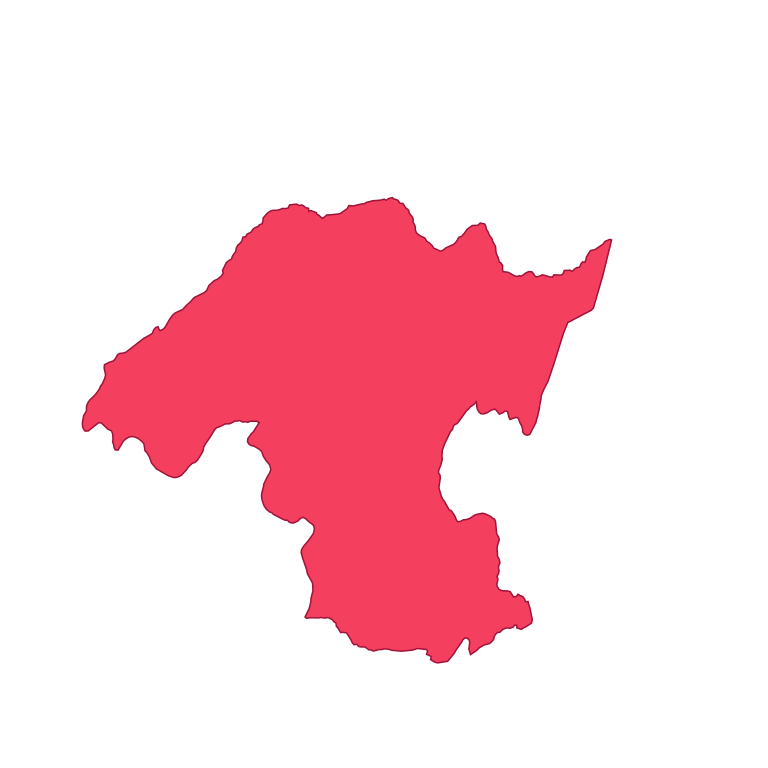 Sirisia, Western, Kenya, rotated 211°
{"feature_id": "3690345B98600192059761", "entity_name": "Sirisia", "entity_type": "district", "adm_level": 2, "iso_a3": "KEN", "parent_name": "Kenya", "parent_adm1": "Western", "projection": "equal_earth", "projection_center": [34.469, 0.737], "detail": "fine", "context": "isolated", "style": "filled", "palette": "rose", "viewbox_px": 768, "rotation_deg": 211, "n_neighbors": 0, "source": "geoboundaries", "source_scale": "gbopen_adm2", "svg_char_len": 6159}
<svg xmlns="http://www.w3.org/2000/svg" viewBox="0 0 768 768"><g transform="rotate(211 384 384)"><path d="M460.7,548.5L463.4,547.2L466.6,548.6L469.0,548.3L470.9,547.6L472.8,548.1L475.3,545.7L476.9,542.6L479.1,542.5L481.5,539.9L488.3,535.1L490.3,532.8L492.5,530.8L493.7,528.4L495.9,526.8L502.0,520.9L506.0,518.9L505.9,515.2L509.6,507.1L517.6,501.0L520.1,499.5L521.1,496.2L522.3,494.1L526.8,495.2L528.7,494.9L530.2,496.0L535.7,495.1L537.5,493.5L539.2,495.8L541.8,494.8L544.5,495.3L547.0,495.0L548.7,493.2L551.4,493.3L557.2,488.9L556.8,485.5L559.0,483.5L561.5,482.2L563.2,479.8L565.2,477.8L568.5,475.8L570.6,473.5L572.0,470.3L573.1,464.2L571.7,461.3L571.0,458.6L572.8,456.3L573.2,453.9L574.9,451.9L576.0,449.4L576.3,445.4L578.5,442.1L578.5,438.8L580.6,437.3L579.6,433.9L579.8,430.8L580.8,428.0L580.7,424.5L579.3,421.1L579.7,418.1L579.8,415.5L579.1,412.7L580.8,409.5L581.7,406.7L580.9,398.1L578.9,396.3L579.1,392.5L580.8,388.0L582.8,385.1L584.8,378.4L584.2,372.6L585.3,369.5L591.3,360.3L592.3,354.6L593.8,350.0L595.0,344.1L599.5,337.6L600.7,334.0L601.1,329.2L600.9,319.6L601.8,316.7L603.4,314.5L605.5,315.3L607.2,316.7L608.7,315.0L609.3,311.7L608.7,308.3L609.9,305.4L613.3,299.8L621.7,278.1L623.6,276.1L626.3,274.1L627.5,271.9L627.3,267.1L628.0,264.2L630.5,261.4L633.6,256.6L632.1,253.5L627.3,248.4L626.2,244.6L625.6,239.0L625.9,236.5L625.5,233.5L625.6,229.4L626.2,225.2L627.9,218.9L628.2,216.0L627.7,212.0L625.2,207.6L625.2,202.2L622.7,195.7L620.5,192.3L618.6,190.8L616.0,189.7L613.3,191.4L608.7,203.8L606.2,205.0L597.2,203.0L593.9,203.6L591.3,201.9L588.1,197.5L586.6,194.3L584.8,193.1L583.0,190.8L580.6,189.1L577.9,190.3L578.0,200.8L576.8,204.5L575.6,206.6L574.1,208.3L572.1,209.6L569.8,210.3L566.9,210.7L562.0,210.1L559.0,209.1L554.4,203.6L551.8,202.9L547.5,200.6L542.5,196.5L535.1,194.0L521.6,194.3L516.4,195.4L514.5,196.5L512.4,198.6L510.7,201.3L509.1,208.8L509.0,211.7L508.4,214.2L507.5,217.2L505.6,219.4L504.6,223.0L504.5,231.7L504.9,234.3L506.1,237.1L506.2,241.1L505.7,247.9L505.6,257.3L505.1,260.2L502.9,262.7L499.6,267.9L495.6,270.6L492.6,275.5L490.9,276.5L488.9,278.3L485.5,278.6L483.2,280.4L481.0,281.0L479.6,283.1L473.9,286.5L471.1,286.6L471.4,275.8L472.2,272.7L472.6,267.0L471.3,264.3L469.1,263.0L466.2,262.7L464.1,263.6L462.2,263.8L457.7,263.8L455.2,263.5L453.2,262.4L450.4,260.0L445.6,257.5L441.4,256.2L439.5,255.1L436.9,252.3L436.3,249.2L436.2,243.4L435.5,236.3L434.4,233.8L432.7,227.9L431.3,224.8L428.3,221.3L424.2,217.9L420.3,216.1L416.4,215.4L413.8,215.9L411.8,215.3L401.4,215.9L398.4,216.4L396.6,217.5L394.4,216.8L392.5,217.0L390.0,218.2L387.2,222.2L386.4,225.8L384.6,228.1L381.5,228.1L378.5,227.4L372.2,226.7L369.9,225.1L368.3,222.2L367.5,218.9L368.2,210.9L369.4,203.1L369.3,199.4L368.3,197.0L364.8,193.5L354.7,185.0L351.9,181.9L343.0,176.7L341.5,174.9L338.4,170.1L336.1,162.4L334.6,159.7L333.5,156.4L332.5,152.8L331.7,143.6L329.6,143.3L327.4,145.3L319.2,150.1L317.6,151.5L315.6,152.2L313.5,153.3L311.8,155.0L306.7,155.4L304.8,154.4L302.0,154.3L300.1,151.8L298.0,151.2L293.2,148.6L291.0,150.1L287.9,151.4L280.6,147.7L277.8,145.8L275.4,145.0L273.2,147.0L271.0,146.1L269.1,146.3L265.0,148.7L259.9,148.4L258.2,149.4L255.5,149.6L251.7,153.6L249.1,155.3L246.6,157.6L243.4,159.0L240.1,159.8L231.5,163.9L222.6,170.5L219.2,174.4L210.6,178.4L209.0,177.2L208.3,174.1L205.1,174.7L202.9,174.3L202.2,171.7L197.1,171.7L194.3,172.6L186.6,179.1L185.1,189.4L185.2,193.7L184.5,202.0L184.7,205.1L183.9,207.8L181.8,209.0L179.3,208.5L177.4,206.6L174.8,200.6L170.5,196.6L167.4,203.2L166.5,206.8L165.1,209.5L163.8,211.8L159.7,216.1L158.4,221.4L159.4,224.0L159.5,226.9L158.6,229.6L156.7,231.1L156.0,234.2L154.5,236.7L152.6,238.6L150.5,239.3L148.2,241.8L147.8,244.6L146.0,245.6L144.4,243.3L139.8,244.5L138.8,246.9L137.3,249.0L134.4,255.1L135.6,258.5L144.1,267.7L146.6,269.7L148.5,271.8L150.5,270.3L152.9,272.2L155.7,273.3L158.5,272.7L160.9,272.8L161.3,269.7L163.5,268.3L168.9,271.0L171.5,270.3L175.6,268.0L177.3,267.4L179.8,267.3L182.5,268.6L184.2,270.5L185.7,275.3L188.1,277.3L188.1,280.1L189.0,282.9L191.0,285.2L192.1,287.2L192.4,290.3L195.1,293.2L198.1,294.9L200.1,298.2L201.9,300.4L203.2,303.1L204.2,306.2L204.9,309.8L207.1,311.9L210.1,313.4L217.3,323.2L219.7,325.2L221.7,324.9L224.1,325.4L230.6,324.8L232.9,324.0L237.0,320.4L238.8,318.3L241.1,313.2L243.7,310.1L246.0,308.5L247.6,305.8L249.8,303.9L252.2,304.9L254.4,306.8L259.2,309.3L261.3,310.0L263.5,309.8L271.9,314.6L274.3,315.4L277.0,317.3L283.5,323.3L287.3,332.4L288.9,334.6L291.4,335.9L292.6,338.0L293.5,343.7L295.4,349.8L297.0,351.6L299.9,357.3L301.1,363.1L302.5,377.5L301.9,380.3L302.6,382.7L302.7,385.2L301.1,387.5L300.6,389.8L299.5,403.3L298.6,406.3L298.3,408.6L296.3,413.2L295.9,416.2L293.9,414.2L292.8,412.3L290.9,410.4L288.1,408.8L285.4,408.4L283.0,409.8L280.7,412.6L279.1,416.0L277.8,417.9L275.5,419.7L269.5,417.6L267.4,420.5L266.1,423.5L264.0,424.0L259.4,419.5L257.7,418.5L253.8,423.3L251.5,423.9L247.2,420.6L244.3,418.9L242.1,416.8L240.3,414.2L237.5,413.2L235.0,413.8L233.1,415.7L233.9,428.8L236.0,436.3L238.3,443.3L239.5,445.7L241.7,451.9L243.0,454.5L243.6,457.0L244.3,463.0L244.8,470.8L248.5,487.7L256.4,520.5L258.1,531.3L244.2,554.2L243.6,556.8L252.2,589.4L263.1,624.7L264.9,624.3L268.0,620.1L268.3,616.8L272.2,608.2L275.8,604.6L275.9,597.2L275.0,594.7L274.5,591.7L276.6,591.0L277.1,588.4L276.5,584.9L278.7,583.1L279.9,580.6L280.6,577.4L283.1,577.4L288.0,574.1L287.3,571.2L288.0,568.7L294.6,565.1L294.7,562.5L296.6,561.3L304.4,559.3L306.1,556.8L308.1,554.5L310.3,554.2L312.7,555.6L315.2,556.3L317.6,555.1L319.5,552.6L321.8,547.2L323.6,546.7L325.1,544.9L327.1,544.0L335.1,543.7L340.0,541.6L341.7,543.7L343.2,546.5L346.0,548.0L348.2,548.1L351.4,551.3L353.5,552.5L355.7,554.5L359.3,559.4L364.0,562.1L365.9,563.9L370.7,566.0L373.0,567.9L375.9,569.4L378.2,571.8L380.1,573.0L384.4,571.6L385.4,568.3L390.0,565.3L392.4,559.6L392.7,555.2L393.5,550.6L395.5,548.2L395.2,544.9L395.6,541.9L396.3,539.5L401.1,532.5L402.2,529.4L404.0,526.9L411.4,526.1L413.6,527.3L418.4,528.4L420.6,528.3L424.4,530.2L429.3,529.6L434.0,530.2L436.4,532.2L438.0,534.7L439.8,536.3L442.3,537.5L443.9,540.3L445.8,541.8L450.3,543.5L452.5,545.7L456.5,546.3L460.7,548.5Z" fill="#f43f5e" stroke="#9f1239" stroke-width="1.5"/></g></svg>